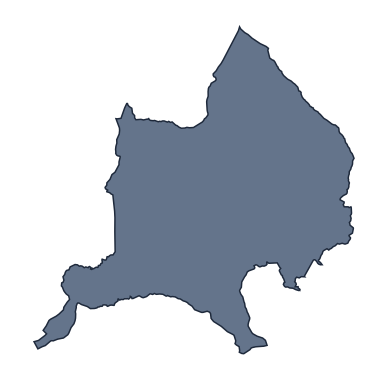 San Pedro de Huaca, Carchi, Ecuador (Albers equal-area conic projection), rotated 268°
{"feature_id": "8360857B26572966022177", "entity_name": "San Pedro de Huaca", "entity_type": "district", "adm_level": 2, "iso_a3": "ECU", "parent_name": "Ecuador", "parent_adm1": "Carchi", "projection": "albers", "projection_center": [-77.722, 0.622], "detail": "fine", "context": "isolated", "style": "filled", "palette": "slate", "viewbox_px": 384, "rotation_deg": 268, "n_neighbors": 0, "source": "geoboundaries", "source_scale": "gbopen_adm2", "svg_char_len": 5900}
<svg xmlns="http://www.w3.org/2000/svg" viewBox="0 0 384 384"><g transform="rotate(268 192 192)"><path d="M332.9,273.4L334.9,271.1L337.9,265.3L343.6,257.4L347.4,253.5L349.4,250.3L353.2,246.4L355.4,245.3L351.5,244.0L322.9,227.8L319.4,225.6L316.1,222.8L312.3,220.4L309.3,217.3L307.8,217.3L306.5,217.9L305.7,219.5L303.8,220.1L303.0,219.8L302.1,218.9L300.0,215.0L297.4,213.9L296.1,212.5L294.8,212.0L291.9,211.6L287.1,211.5L283.8,210.2L281.7,209.8L273.3,210.0L271.3,210.3L270.3,210.7L268.4,210.6L265.6,208.4L264.7,207.0L263.0,206.1L261.6,204.8L256.4,195.7L256.3,191.7L256.8,189.1L256.2,187.2L256.1,183.7L257.1,181.5L259.0,179.2L259.3,178.1L262.7,174.6L262.3,172.9L263.4,171.2L262.7,169.9L264.0,166.6L264.0,164.8L263.4,163.5L263.8,162.2L263.4,160.7L264.8,157.1L264.6,155.7L265.0,153.0L265.7,151.9L266.9,151.3L266.3,150.3L266.4,149.6L265.7,146.1L266.4,143.5L266.2,138.4L268.0,137.3L270.4,137.3L272.7,135.3L277.8,134.8L279.5,132.3L281.1,131.0L282.4,130.7L282.8,130.2L282.6,129.8L278.3,127.6L268.1,123.6L267.7,119.7L267.9,118.6L258.6,121.7L256.1,121.8L252.5,121.3L246.9,118.6L243.5,118.6L240.4,117.6L237.3,117.1L234.4,117.3L233.4,117.1L232.1,117.6L231.3,118.2L230.6,119.4L230.3,121.1L229.6,121.5L224.6,120.1L221.8,120.0L214.4,115.7L212.2,112.6L207.5,110.5L204.2,107.3L201.6,107.0L200.1,105.6L199.5,105.3L198.2,105.7L196.8,107.8L195.8,106.9L195.2,106.9L194.2,109.7L192.9,111.0L191.9,112.8L175.5,114.0L169.0,114.1L155.0,113.5L135.0,113.1L131.9,110.9L131.9,108.7L131.1,107.2L130.2,106.4L130.3,104.9L127.9,104.2L127.0,103.5L127.0,102.5L128.0,99.9L127.3,99.6L125.1,99.9L124.1,99.7L123.7,98.5L121.9,97.5L121.8,95.9L120.4,95.6L119.9,95.2L120.2,94.2L120.0,93.1L118.7,91.0L119.2,89.9L118.2,89.4L118.1,88.9L118.6,87.9L119.9,88.5L121.1,87.0L120.9,86.4L120.0,85.6L120.8,83.2L120.1,81.6L121.6,79.9L122.1,78.3L121.8,76.8L123.2,75.0L123.6,72.6L121.4,67.6L118.5,66.3L118.1,64.2L117.6,63.5L116.2,62.6L114.0,61.9L111.8,60.1L108.3,60.9L106.3,60.0L105.7,58.6L102.7,58.2L101.6,59.1L97.7,60.5L96.3,61.4L94.4,62.8L92.6,65.1L88.9,65.9L86.3,63.5L81.3,59.9L78.7,59.4L74.7,54.9L72.6,51.9L69.8,46.2L68.6,44.6L63.3,41.7L58.9,38.4L55.3,41.7L53.7,40.0L49.0,33.4L47.9,28.9L40.6,32.5L42.6,36.8L43.7,40.1L48.1,45.6L48.3,46.6L48.1,48.2L49.6,52.5L50.6,58.5L53.7,62.9L55.4,64.0L60.7,66.4L64.4,69.4L67.4,70.6L70.0,71.2L74.3,71.5L76.4,71.2L80.5,72.3L82.0,72.3L84.5,73.4L85.1,74.1L84.8,75.5L83.4,77.6L81.2,83.4L79.0,86.4L79.0,90.6L79.5,93.0L80.2,93.7L80.5,95.7L81.0,96.2L80.9,98.0L81.1,98.5L82.1,99.0L82.3,100.1L81.9,102.7L80.9,103.2L80.7,103.8L81.7,106.1L81.8,107.8L81.4,110.0L81.7,110.4L83.0,110.7L84.0,111.6L85.8,114.2L87.5,114.2L87.6,114.5L87.6,114.9L86.7,115.5L86.5,116.1L87.1,117.3L86.9,119.5L87.7,120.9L87.5,122.5L87.7,123.6L87.2,124.9L87.8,125.9L88.7,126.5L89.8,126.7L89.0,127.8L87.6,128.3L87.6,129.3L90.2,135.5L88.3,138.6L88.1,139.8L89.1,143.0L91.6,146.3L91.7,146.8L91.0,149.2L91.9,150.8L91.0,152.7L91.2,156.2L90.8,159.3L88.9,162.4L88.9,163.2L89.4,163.9L88.0,167.0L88.2,168.9L87.7,171.7L85.9,174.4L85.5,176.6L83.5,179.4L82.8,181.5L81.5,183.8L80.5,184.4L77.9,188.1L74.3,190.5L71.4,197.2L71.3,198.7L72.3,203.0L71.3,205.4L69.8,206.3L64.9,206.7L61.8,209.1L56.7,216.6L51.2,222.5L48.2,227.9L47.3,229.0L42.0,230.5L40.5,230.3L38.9,229.7L37.6,231.0L35.8,233.7L31.8,234.1L30.2,233.7L28.9,236.1L28.6,238.1L32.4,244.4L34.0,245.7L34.4,246.7L35.1,250.3L35.4,258.4L36.1,261.7L41.2,260.2L43.6,257.5L45.6,252.1L48.1,248.0L49.3,246.9L55.8,243.5L57.3,243.4L59.9,244.0L63.0,245.2L64.3,245.3L68.5,243.8L70.0,243.0L73.2,242.2L75.2,241.1L79.0,240.7L80.5,240.1L85.3,239.1L88.2,237.2L91.5,236.1L92.5,236.4L95.0,238.0L100.4,238.6L105.4,241.6L107.2,243.1L110.1,244.4L111.2,246.0L112.8,250.9L113.3,251.8L114.4,252.1L116.1,251.4L117.0,253.3L116.8,254.2L115.1,256.4L114.8,257.3L115.6,259.7L115.4,261.5L116.1,263.4L117.1,264.4L118.9,264.2L119.4,264.5L118.1,266.3L118.2,274.7L113.8,277.0L112.6,278.0L111.2,276.8L110.2,276.5L106.1,278.3L105.3,279.4L104.3,279.4L101.5,280.8L98.5,281.6L97.9,280.6L96.4,280.1L94.4,281.2L93.7,282.3L93.8,284.2L92.7,286.3L92.3,289.6L90.8,292.3L89.8,295.2L90.0,295.8L89.8,296.3L90.9,296.5L92.4,294.8L93.7,294.7L93.7,291.8L96.1,293.0L97.4,292.7L98.7,291.5L99.1,291.9L101.8,292.3L103.2,293.6L102.4,296.2L103.6,298.3L103.3,301.7L103.8,301.3L119.5,310.8L120.0,311.6L120.0,312.4L118.4,314.1L116.5,315.1L115.5,316.1L114.8,317.7L114.8,319.5L117.2,317.8L118.2,316.4L119.4,316.0L120.8,317.4L124.1,318.7L125.6,319.9L128.1,320.8L128.8,321.5L130.6,324.9L129.2,326.7L129.9,327.3L130.8,329.3L132.5,331.3L133.3,333.3L135.4,335.6L134.8,337.4L135.5,340.3L134.6,343.1L135.4,345.9L137.6,347.0L139.1,348.3L140.4,348.8L141.0,348.7L142.0,347.7L143.2,347.4L145.3,350.9L149.9,352.0L150.6,351.9L153.3,348.8L155.2,348.5L155.9,348.2L157.7,349.6L160.2,350.1L162.8,349.4L164.2,350.4L165.3,350.7L170.8,350.6L171.6,350.3L170.9,348.5L171.7,347.7L171.9,343.6L174.0,342.7L175.6,343.6L176.7,343.7L179.1,339.7L180.4,340.0L181.4,340.9L183.2,343.2L184.6,346.2L185.5,346.9L187.2,347.2L189.0,347.0L189.7,348.1L191.6,348.9L193.5,349.0L195.6,349.6L197.7,348.7L199.2,348.9L200.3,348.6L202.9,349.1L204.4,349.7L206.9,349.9L209.3,351.5L211.2,352.0L212.3,352.7L214.3,353.4L217.5,353.6L220.0,355.1L222.7,354.2L224.9,353.3L226.1,352.2L228.5,351.2L230.0,350.9L232.2,349.3L234.3,348.6L236.0,347.2L240.0,346.4L240.6,345.6L241.8,345.3L243.6,344.1L245.9,341.7L247.5,341.1L250.0,341.0L251.3,340.6L251.8,339.6L252.7,339.0L254.0,337.5L254.2,336.0L255.0,334.2L259.0,329.4L261.0,326.3L265.1,322.9L266.3,321.5L267.7,320.6L269.4,317.5L270.7,316.2L271.6,316.2L272.1,315.7L272.4,314.4L273.2,313.9L273.5,313.0L275.3,312.1L277.2,310.6L278.8,308.8L280.3,307.8L280.7,307.0L283.1,305.4L286.1,304.4L287.7,304.5L288.7,303.8L289.4,302.2L293.0,301.4L296.4,298.4L297.2,297.2L299.4,295.0L301.5,291.4L305.2,287.6L307.7,286.1L309.3,285.8L310.6,284.0L312.7,282.4L313.7,282.4L314.8,281.4L319.1,279.4L320.7,278.2L321.1,277.0L323.1,274.4L331.0,272.7L332.9,273.4Z" fill="#64748b" stroke="#1e293b" stroke-width="1.5"/></g></svg>